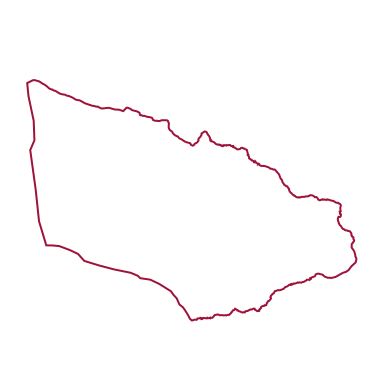 West Ambrym, Malampa, Vanuatu (Albers equal-area conic projection), rotated 174°
{"feature_id": "77236927B87876939805141", "entity_name": "West Ambrym", "entity_type": "district", "adm_level": 2, "iso_a3": "VUT", "parent_name": "Vanuatu", "parent_adm1": "Malampa", "projection": "albers", "projection_center": [167.993, -16.285], "detail": "fine", "context": "isolated", "style": "outline", "palette": "rose", "viewbox_px": 384, "rotation_deg": 174, "n_neighbors": 0, "source": "geoboundaries", "source_scale": "gbopen_adm2", "svg_char_len": 5822}
<svg xmlns="http://www.w3.org/2000/svg" viewBox="0 0 384 384"><g transform="rotate(174 192 192)"><path d="M205.5,64.2L202.4,64.8L200.9,64.4L200.4,64.7L199.8,65.6L197.3,65.6L196.9,66.0L196.2,65.8L196.0,64.6L195.6,64.5L195.0,64.7L194.5,65.1L194.4,65.5L194.1,65.6L190.7,64.8L190.1,64.8L189.9,65.3L189.1,64.8L187.8,64.9L187.2,64.5L186.7,65.2L185.4,64.7L184.2,65.3L183.6,65.8L182.6,67.0L182.3,67.2L179.4,67.5L178.5,67.3L177.2,66.5L174.9,66.4L173.7,66.0L172.3,66.0L170.6,65.7L169.5,66.1L168.2,65.9L167.6,66.0L167.2,66.6L165.8,67.5L165.5,68.2L165.0,68.4L164.5,68.8L164.1,69.6L163.7,70.0L162.5,70.1L161.4,71.4L159.6,70.2L159.3,69.4L158.7,69.5L157.8,68.5L156.2,67.9L155.3,67.2L154.0,66.8L153.1,67.1L152.1,66.7L151.5,67.6L151.0,67.9L149.1,67.8L148.2,68.4L147.1,68.6L146.7,69.0L144.5,69.0L143.4,69.5L142.7,69.6L141.9,69.4L141.9,68.9L141.5,68.1L140.4,67.5L139.6,66.7L138.5,66.8L138.0,66.6L137.6,66.7L137.4,67.3L137.5,67.8L136.8,68.2L136.6,68.7L135.7,69.2L135.4,69.6L135.4,70.2L135.1,70.5L134.0,71.1L132.1,71.2L132.0,71.6L131.7,71.8L130.7,71.6L130.0,71.8L129.2,73.7L128.7,74.0L127.9,75.4L126.4,75.9L124.6,77.8L124.5,78.2L125.0,79.2L124.4,80.4L123.1,81.7L122.0,82.3L121.8,82.7L121.0,83.0L120.2,84.5L119.8,84.8L118.0,85.0L116.9,85.4L114.9,85.1L111.4,86.0L110.6,86.4L109.5,87.6L107.9,87.9L105.8,88.9L105.1,89.5L104.5,89.6L103.3,89.1L103.0,89.3L103.1,90.1L102.6,90.2L102.0,89.6L101.6,89.6L100.9,90.0L100.6,90.4L99.5,90.1L96.9,90.7L96.5,91.0L95.8,90.6L94.8,90.9L92.8,90.4L92.0,90.8L90.4,90.9L87.6,92.1L86.9,92.8L84.9,92.5L84.5,92.7L84.2,92.3L83.9,92.6L84.0,93.0L83.8,93.2L83.5,94.0L83.2,93.9L82.7,93.4L82.0,94.5L79.0,95.2L78.3,95.7L77.6,97.1L76.7,97.5L75.6,97.6L74.3,97.5L73.3,97.0L71.2,96.3L70.6,95.9L69.3,94.4L68.4,93.7L66.1,92.6L65.7,92.4L64.1,92.5L63.1,92.0L62.1,92.0L58.1,92.5L50.5,95.8L47.2,96.5L44.5,97.9L41.3,101.4L36.7,104.8L35.8,106.9L35.5,108.0L35.6,109.0L36.3,111.1L36.2,112.2L36.7,115.3L37.4,117.3L38.7,119.4L39.0,120.1L38.6,123.4L38.1,124.1L37.6,124.3L36.9,125.4L36.0,126.1L35.8,127.1L36.4,128.5L36.2,130.0L37.6,131.2L37.8,131.6L37.6,132.0L38.0,132.6L37.8,134.3L38.9,136.1L39.5,136.6L41.1,137.0L41.9,137.6L43.5,137.9L44.0,138.3L44.2,138.8L44.7,138.9L45.9,139.7L46.8,141.0L47.4,142.6L48.7,144.0L48.9,145.2L49.2,145.4L49.4,146.9L49.8,148.1L49.8,150.2L48.9,152.0L47.6,151.7L47.1,151.8L46.6,152.5L46.3,153.5L46.3,154.4L47.1,154.8L47.0,155.9L47.2,157.0L46.2,157.2L46.1,157.8L46.3,158.5L46.1,161.1L45.4,162.9L45.5,163.7L45.8,164.3L46.4,164.9L47.1,165.1L47.8,166.0L48.2,165.9L48.4,166.1L49.4,166.2L50.1,166.5L52.3,168.4L53.6,168.6L58.0,170.5L58.7,170.4L58.8,170.1L59.1,170.0L60.6,170.6L61.0,170.7L61.5,170.5L62.1,170.6L62.9,171.2L63.2,171.2L63.7,170.7L64.7,170.7L65.8,170.4L67.2,171.2L67.8,172.7L68.3,173.5L69.0,174.0L70.3,173.9L71.0,174.8L72.1,175.8L74.0,176.4L75.1,176.4L76.0,175.8L77.2,175.6L79.8,175.7L80.9,175.4L83.6,175.7L85.5,175.2L86.2,175.7L86.7,175.4L88.0,175.7L89.2,176.4L89.9,177.3L90.7,177.5L91.0,178.2L91.9,178.6L93.1,180.3L94.0,181.1L94.9,182.6L95.3,184.5L95.2,185.1L96.0,186.1L96.6,187.6L97.8,188.0L98.1,188.6L98.9,189.0L99.7,189.8L99.9,190.6L100.9,192.2L101.3,194.6L101.8,195.1L102.8,197.1L103.4,199.9L104.0,201.0L107.0,205.3L107.6,205.8L108.7,205.8L110.4,206.8L111.7,207.0L113.0,208.4L116.7,210.1L117.6,210.4L120.0,210.6L121.3,211.2L121.9,211.7L122.3,212.7L122.8,212.6L122.5,213.0L122.8,213.3L123.8,213.3L125.2,214.5L125.6,215.4L126.1,215.1L126.3,215.8L126.9,215.1L127.3,215.2L127.4,216.1L127.8,216.5L128.5,216.7L128.7,217.2L129.4,217.3L130.4,218.6L131.5,219.2L131.7,219.5L131.7,221.2L132.0,221.8L132.0,222.9L132.7,223.0L132.5,224.3L133.0,227.9L133.3,228.4L134.7,229.0L135.2,229.7L136.4,229.9L137.2,230.7L138.0,230.7L138.6,230.7L139.7,229.8L141.1,229.6L142.6,229.7L143.5,230.6L144.4,231.1L144.8,231.8L146.2,232.2L146.2,233.3L146.8,233.1L146.9,233.4L147.2,233.5L148.2,233.6L148.5,233.9L149.0,234.6L149.6,234.9L150.9,234.7L152.4,235.0L152.8,234.6L153.2,234.6L153.8,235.0L154.7,235.2L155.9,234.6L155.9,235.2L156.3,235.2L157.1,234.6L158.0,234.8L158.5,235.8L159.2,235.9L159.4,236.1L160.1,235.9L160.5,236.5L161.0,236.6L162.0,236.5L163.4,237.4L164.6,239.0L167.0,240.4L167.7,240.4L168.4,241.2L168.3,241.9L167.9,242.1L168.6,243.2L168.5,244.1L169.3,246.1L169.9,246.8L170.2,247.7L170.7,248.3L171.0,249.7L172.1,250.6L173.1,250.9L176.4,249.2L176.5,247.9L178.1,245.8L179.7,244.6L180.2,243.4L180.1,242.6L181.2,241.2L182.5,240.3L183.6,240.0L184.4,239.6L184.9,238.7L185.5,238.2L186.7,238.1L188.3,239.2L188.5,240.5L189.2,240.9L192.4,242.1L194.1,243.1L196.7,245.3L199.0,246.7L200.4,248.8L201.0,248.9L203.1,250.3L204.7,252.1L205.0,252.6L205.2,253.6L205.8,254.4L207.2,255.5L208.3,257.4L208.4,259.3L207.8,262.8L208.2,263.8L208.5,265.2L209.3,265.9L213.6,266.5L214.8,266.5L216.6,266.0L218.0,266.1L219.5,266.6L220.3,266.5L222.2,267.1L223.2,267.7L223.8,269.6L224.3,270.1L226.0,270.8L229.1,271.6L231.3,272.7L232.7,272.8L234.6,273.8L235.2,273.7L235.7,274.1L235.9,274.9L235.8,276.0L236.0,276.4L238.6,278.1L239.4,278.3L240.3,278.7L242.7,279.5L243.5,280.1L244.4,281.1L246.9,282.4L247.9,282.7L248.7,282.4L251.9,279.6L256.0,281.5L260.1,282.1L265.8,284.4L268.0,284.5L271.1,284.4L273.1,284.5L274.5,285.1L276.8,286.8L277.9,286.8L279.1,287.2L280.4,287.8L281.9,288.1L289.2,291.4L292.9,294.1L294.4,295.0L297.2,295.7L298.1,296.1L300.7,298.2L304.3,300.3L306.4,300.9L308.2,302.1L310.5,302.6L313.4,303.8L317.2,306.8L318.7,307.3L320.2,308.5L321.6,308.9L323.3,310.0L325.3,312.3L327.3,314.1L329.6,315.6L331.3,317.1L332.7,318.1L337.1,319.8L337.8,319.8L338.5,319.8L344.5,317.6L344.6,304.4L342.0,279.4L343.3,259.9L348.5,250.6L347.2,210.7L347.2,178.9L342.5,154.2L335.7,153.3L329.7,152.1L319.5,147.0L311.8,142.3L306.3,134.7L292.2,128.7L277.7,123.2L261.5,118.1L254.6,114.3L252.5,111.7L242.7,109.2L234.2,104.0L223.3,95.5L221.2,91.7L218.3,87.8L216.3,81.5L212.9,78.1L210.0,72.6L208.3,68.8L207.4,66.2L205.5,64.2Z" fill="none" stroke="#9f1239" stroke-width="2"/></g></svg>